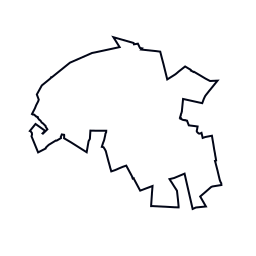 San Miguel de Horcasitas, Sonora, Mexico, rotated 259°
{"feature_id": "50627088B58381771022173", "entity_name": "San Miguel de Horcasitas", "entity_type": "district", "adm_level": 2, "iso_a3": "MEX", "parent_name": "Mexico", "parent_adm1": "Sonora", "projection": "equal_earth", "projection_center": [-110.823, 29.475], "detail": "fine", "context": "isolated", "style": "outline", "palette": "ink", "viewbox_px": 256, "rotation_deg": 259, "n_neighbors": 0, "source": "geoboundaries", "source_scale": "gbopen_adm2", "svg_char_len": 3246}
<svg xmlns="http://www.w3.org/2000/svg" viewBox="0 0 256 256"><g transform="rotate(259 128 128)"><path d="M160.0,36.4L159.8,36.6L159.7,36.9L159.3,37.2L159.2,37.9L158.9,38.6L157.8,39.3L157.2,39.7L157.2,39.9L157.1,40.0L156.8,40.1L156.6,40.3L156.4,40.5L156.3,41.0L156.0,41.3L156.0,41.5L155.9,41.6L155.7,41.6L155.4,41.5L155.2,41.4L155.0,41.5L154.9,41.5L154.7,41.7L154.4,41.8L153.2,42.3L152.4,43.1L152.2,43.3L151.2,43.8L149.8,44.3L148.9,45.3L145.7,47.5L145.0,47.4L142.1,48.6L141.3,47.4L138.7,43.4L139.0,43.1L141.1,46.1L149.6,38.0L143.8,31.1L143.3,31.8L141.5,32.7L139.8,32.5L138.3,31.7L121.2,35.1L123.6,43.3L124.4,43.6L126.0,46.0L126.7,47.2L127.0,48.1L129.5,54.8L129.2,55.5L130.9,60.3L132.3,60.4L133.0,61.0L134.3,61.8L133.5,64.0L133.2,64.0L130.1,63.3L124.9,69.2L112.1,82.8L122.6,86.8L124.6,88.5L132.6,90.6L131.7,94.8L129.5,106.1L127.9,105.7L126.8,104.8L125.1,104.2L123.3,103.4L121.0,102.4L119.9,101.8L118.0,100.6L116.9,100.0L114.5,98.7L113.8,100.3L112.5,100.8L111.8,101.1L109.9,101.7L109.7,101.7L109.6,101.8L105.9,102.0L103.1,102.2L98.4,102.5L97.6,102.6L93.4,102.9L92.5,102.9L91.1,103.1L88.6,103.3L88.7,104.2L89.1,107.1L89.5,109.1L89.9,110.7L90.9,115.5L91.4,119.1L84.3,121.3L82.1,122.0L79.4,122.8L78.3,123.1L78.0,123.1L78.0,122.9L77.4,123.0L77.5,124.0L77.3,124.0L77.2,124.0L64.2,128.0L66.4,141.0L64.9,140.6L59.2,139.0L58.3,138.8L56.1,138.2L47.8,136.0L46.9,135.8L46.7,137.0L46.6,137.4L43.5,150.0L41.4,158.2L40.4,162.5L41.3,162.7L48.4,163.4L57.1,164.1L62.3,162.0L64.1,161.3L65.2,160.9L66.7,160.3L67.3,160.0L69.9,159.0L70.1,163.7L72.4,174.8L36.2,176.0L37.0,179.5L36.3,187.3L36.1,189.5L47.0,185.8L51.1,193.0L54.2,198.3L54.5,199.6L54.2,208.8L56.0,209.0L57.1,208.6L59.1,208.2L60.4,208.1L62.9,208.0L67.6,207.8L68.4,207.8L76.5,207.3L76.8,207.3L77.1,207.3L79.1,207.1L79.3,208.3L82.4,208.4L84.5,208.4L86.4,208.5L90.2,208.5L95.9,208.7L100.9,208.8L104.4,208.9L104.4,202.1L104.0,199.4L107.1,199.3L109.2,199.2L108.9,198.1L108.8,197.4L109.1,196.4L110.2,195.5L111.3,194.9L111.6,194.9L111.9,194.9L112.5,195.1L113.1,195.4L114.4,195.9L116.2,196.6L117.1,194.0L119.0,188.2L123.5,187.4L123.8,187.1L124.0,187.2L124.6,186.1L124.5,185.9L124.6,185.7L124.9,185.5L125.0,185.3L125.0,185.2L124.9,184.9L125.2,184.1L125.8,182.9L126.2,182.6L126.3,182.4L126.8,182.1L127.0,181.8L126.9,181.6L127.0,181.5L127.1,181.4L127.2,181.2L128.0,181.6L128.2,181.0L129.8,181.8L130.4,182.3L130.9,182.4L131.3,182.5L131.5,182.6L131.9,182.9L132.3,183.2L133.1,183.6L133.4,183.7L133.8,184.0L134.6,184.2L146.0,187.6L138.2,205.6L139.0,206.1L141.8,207.8L143.1,208.7L144.7,209.9L145.7,211.0L147.4,213.0L148.8,214.6L150.1,216.2L157.4,224.9L158.5,217.5L161.7,213.5L166.1,208.6L170.6,203.5L170.6,203.3L170.6,203.1L170.5,202.9L170.7,202.7L170.9,202.5L171.1,202.4L171.3,202.2L171.5,201.8L171.6,201.7L171.8,201.5L171.9,201.3L172.1,201.2L172.3,200.8L172.5,200.9L172.8,200.7L173.1,200.7L177.5,195.8L173.6,188.2L173.1,187.4L172.0,185.4L171.4,184.1L168.2,175.8L180.3,175.2L184.1,175.0L189.9,174.6L196.8,174.2L198.1,170.3L202.5,155.9L203.5,157.0L204.3,155.0L208.9,153.8L209.0,149.8L210.4,149.7L219.9,131.0L209.0,135.2L208.5,110.1L208.5,107.0L203.2,83.5L192.2,62.7L192.5,62.3L191.4,61.2L186.2,51.5L178.3,44.9L172.9,45.8L171.3,44.9L167.9,42.2L165.1,40.4L160.0,36.4Z" fill="none" stroke="#020617" stroke-width="2"/></g></svg>